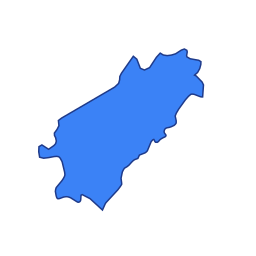 the Province of Novara, rotated 63°
{"feature_id": "ITA-5438", "entity_name": "Novara", "entity_type": "Province", "adm_level": 1, "iso_a3": "ITA", "parent_name": "Italy", "parent_adm1": "", "projection": "orthographic", "projection_center": [8.59, 45.587], "detail": "fine", "context": "isolated", "style": "filled", "palette": "blue", "viewbox_px": 256, "rotation_deg": 63, "n_neighbors": 0, "source": "natural_earth", "source_scale": "10m", "svg_char_len": 1814}
<svg xmlns="http://www.w3.org/2000/svg" viewBox="0 0 256 256"><g transform="rotate(63 128 128)"><path d="M80.4,89.9L83.8,87.0L84.0,81.3L77.9,70.6L75.9,65.3L79.0,63.4L81.3,60.2L82.7,56.3L83.5,51.9L82.8,45.1L83.2,41.9L85.5,40.3L87.1,40.7L90.1,42.9L91.4,43.2L94.5,41.2L99.8,34.2L102.0,32.9L104.5,34.3L107.6,37.1L110.1,40.8L111.1,44.7L112.6,43.6L120.7,41.1L123.9,41.2L134.2,47.4L133.7,48.4L133.0,49.3L128.1,53.7L127.5,54.5L126.9,55.5L126.5,56.6L127.2,59.7L129.0,64.2L134.2,74.3L136.7,78.2L138.7,80.5L143.5,81.8L145.4,82.8L146.1,84.0L146.6,85.7L146.5,88.9L146.2,90.9L145.4,93.6L145.5,95.0L146.1,96.2L147.6,97.5L148.9,97.8L151.3,97.4L152.2,97.7L152.7,98.9L152.6,101.3L152.7,103.2L153.0,105.0L153.9,107.1L154.0,108.5L153.1,110.0L152.0,110.2L150.8,110.1L149.9,110.2L149.8,111.4L150.7,113.6L157.1,121.1L157.6,122.4L157.9,124.0L157.3,130.1L159.6,133.0L159.2,136.4L159.4,138.0L160.1,140.3L161.5,143.9L162.0,146.2L162.2,149.4L163.1,151.0L164.6,153.0L169.6,157.0L174.3,158.7L175.3,159.2L176.7,161.5L178.5,165.2L184.5,181.5L185.2,182.7L189.5,188.0L173.7,193.9L166.6,199.0L166.5,200.2L167.4,200.9L170.3,202.6L171.2,203.3L171.7,204.2L171.8,205.2L171.5,206.2L170.5,207.0L164.0,210.9L162.4,212.4L161.7,213.3L161.1,214.3L160.7,215.5L160.3,216.7L159.8,220.9L159.5,222.0L158.9,222.9L157.7,223.1L155.8,222.8L151.5,221.5L149.7,220.2L148.5,219.0L144.8,210.5L143.7,208.6L142.4,206.7L141.6,205.9L140.7,205.3L138.5,204.5L128.1,202.0L124.3,202.1L123.0,202.4L122.0,202.9L120.9,204.4L119.9,206.8L118.4,212.0L116.6,216.9L113.9,220.0L108.6,218.3L104.2,215.8L104.0,212.4L110.9,208.4L110.0,201.9L109.1,199.6L107.1,197.8L103.8,196.9L101.3,196.9L99.1,195.9L97.0,191.8L94.6,188.5L89.7,186.6L89.0,182.6L85.5,121.3L84.0,116.1L81.3,113.6L78.4,111.9L76.3,109.1L66.5,90.7L70.7,88.9L80.4,89.9Z" fill="#3b82f6" stroke="#1e3a8a" stroke-width="1.5"/></g></svg>